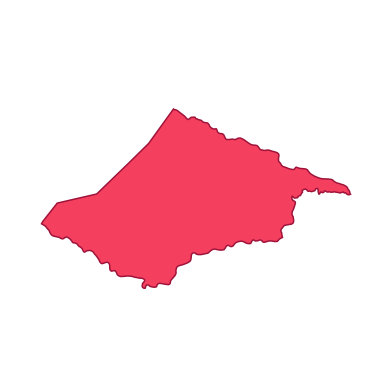 the district of Tete Chemin/Millet, Anse-la-Raye, Saint Lucia, rotated 77°
{"feature_id": "8701671B40430448784583", "entity_name": "Tete Chemin/Millet", "entity_type": "district", "adm_level": 2, "iso_a3": "LCA", "parent_name": "Saint Lucia", "parent_adm1": "Anse-la-Raye", "projection": "robinson", "projection_center": [-60.996, 13.893], "detail": "fine", "context": "isolated", "style": "filled", "palette": "rose", "viewbox_px": 384, "rotation_deg": 77, "n_neighbors": 0, "source": "geoboundaries", "source_scale": "gbopen_adm2", "svg_char_len": 5984}
<svg xmlns="http://www.w3.org/2000/svg" viewBox="0 0 384 384"><g transform="rotate(77 192 192)"><path d="M229.8,38.2L229.7,38.3L228.8,38.3L227.8,38.4L227.0,38.3L226.0,38.6L225.6,38.7L224.9,39.2L223.2,39.5L222.2,39.8L220.8,40.9L219.3,42.6L217.5,45.7L216.8,46.7L215.9,48.6L215.1,49.6L214.0,50.8L212.6,51.8L211.5,52.7L211.0,53.7L210.1,56.1L209.6,57.8L208.7,61.2L207.9,63.3L207.4,64.3L206.2,66.2L204.2,69.0L202.4,70.9L201.2,72.1L200.2,72.8L198.8,73.6L197.7,74.1L196.3,74.6L195.2,75.9L194.3,78.4L193.7,80.3L193.0,82.1L192.1,83.6L191.4,84.5L191.4,85.6L192.7,86.8L192.9,88.4L192.0,90.6L191.3,91.9L190.4,93.4L189.7,94.2L188.3,96.5L187.4,97.9L186.1,98.7L184.7,99.2L183.7,99.5L181.4,100.7L178.4,100.1L176.3,99.1L174.5,99.0L172.8,100.2L171.3,102.7L170.1,105.1L169.2,106.4L168.6,107.6L168.2,108.5L168.1,109.1L167.9,109.7L168.1,110.8L167.7,112.3L166.8,114.4L166.4,115.2L166.0,116.0L164.0,116.8L162.9,117.3L162.1,117.7L161.3,118.3L161.2,118.5L160.5,120.2L160.3,121.0L159.9,122.2L159.0,123.8L158.5,124.4L157.7,125.2L156.0,126.8L153.8,128.7L152.2,130.2L150.4,132.5L149.9,134.6L150.6,137.6L150.3,139.1L149.5,140.9L149.3,143.0L149.0,145.1L148.5,146.6L147.9,147.1L146.7,147.5L146.1,147.7L145.2,147.8L144.5,148.0L143.5,148.2L143.1,148.4L142.6,148.8L142.3,149.1L142.2,149.3L141.8,150.0L141.6,150.9L141.4,151.3L140.7,152.6L140.2,153.0L139.9,153.2L139.1,153.6L138.0,153.7L136.0,154.0L135.7,154.9L135.7,155.6L135.7,156.1L135.5,156.5L135.4,157.0L134.6,158.1L134.2,158.3L133.9,158.8L133.6,159.0L132.1,159.9L130.7,160.1L129.3,160.7L128.8,160.9L128.6,161.0L128.4,161.2L128.0,161.8L127.6,162.9L127.2,164.0L125.9,166.0L124.5,166.6L123.5,168.2L123.0,169.4L122.1,170.3L121.2,171.9L119.9,172.2L119.6,173.0L119.3,174.2L119.1,175.9L119.1,176.1L119.8,177.7L120.5,178.9L120.2,179.9L118.7,180.9L117.4,181.6L115.6,182.8L112.2,185.7L110.4,187.1L109.3,188.0L108.7,188.8L108.1,189.6L107.6,190.8L107.6,191.1L107.0,191.4L135.0,223.4L149.6,247.2L172.5,285.3L172.5,325.8L187.1,344.0L189.1,345.8L190.0,344.9L190.3,344.5L190.8,344.0L192.3,342.5L194.7,341.4L197.2,340.0L200.5,339.3L202.2,338.6L203.6,337.2L205.3,333.7L205.5,333.2L205.8,332.7L206.5,331.4L207.4,330.6L208.5,329.0L208.5,328.5L208.5,327.6L208.0,326.6L207.8,326.0L207.8,325.8L207.8,325.7L207.5,324.6L208.0,323.6L209.0,322.6L209.5,322.2L210.4,321.3L211.0,321.1L211.2,320.9L212.9,320.2L213.1,320.1L213.8,319.9L214.7,319.3L214.9,318.9L214.9,318.3L216.4,315.9L217.1,315.6L218.1,315.1L219.8,314.2L220.1,313.5L220.8,313.0L220.8,312.9L221.1,312.8L222.2,311.9L223.0,311.7L224.8,311.3L226.3,310.6L226.3,309.6L225.6,307.7L225.7,307.2L225.6,306.9L225.8,306.0L225.9,304.6L226.3,304.1L226.4,303.7L227.6,302.3L227.8,302.2L228.1,301.8L230.5,300.9L231.9,300.0L232.9,299.6L233.7,299.2L236.8,298.0L238.0,297.8L239.2,297.5L240.5,297.0L241.3,296.3L241.4,296.1L241.4,295.8L241.6,295.3L241.5,293.6L241.2,292.2L241.3,290.8L241.5,290.2L242.2,289.3L243.4,288.8L244.8,288.7L248.0,289.3L249.0,289.4L249.5,289.3L250.1,289.1L250.8,288.5L251.1,288.0L251.0,287.4L251.1,286.4L251.1,285.5L251.4,285.0L251.4,284.7L252.5,284.1L252.9,283.9L253.0,283.9L253.4,283.8L254.4,283.6L255.7,283.4L256.6,282.8L257.5,281.9L258.4,280.3L258.8,277.8L258.9,276.9L259.3,273.9L259.6,272.7L260.5,269.9L261.0,268.9L261.6,268.0L262.2,266.8L263.2,264.6L263.3,264.2L263.7,263.4L264.1,262.6L264.9,259.8L265.1,259.6L266.2,258.4L267.1,257.9L267.7,258.1L268.1,258.3L268.7,259.0L270.1,260.8L272.1,261.6L272.5,261.7L273.1,261.8L274.2,261.3L275.0,260.4L275.1,260.1L275.2,259.3L274.7,258.9L273.2,258.2L273.0,257.8L272.8,257.6L272.3,256.9L272.6,256.0L273.2,255.1L274.0,254.6L274.5,254.1L274.6,253.9L275.1,253.1L276.1,250.8L276.4,249.4L276.4,248.1L276.2,247.8L274.4,246.7L273.6,245.1L273.7,244.3L274.0,243.3L274.3,242.4L274.5,241.8L275.7,239.3L275.8,238.9L276.2,238.0L277.0,235.7L276.7,234.7L276.3,233.9L275.3,233.5L274.6,233.1L273.8,232.9L273.4,232.4L273.1,232.2L270.9,229.2L269.8,227.6L268.7,226.6L267.5,225.8L266.6,225.6L265.1,225.4L263.2,224.6L262.0,223.8L261.4,223.0L261.0,221.8L260.9,221.3L260.8,219.5L260.7,216.9L260.2,213.3L260.0,212.2L259.4,210.4L259.1,209.6L258.5,208.9L257.8,208.4L256.5,207.9L255.1,207.4L252.9,206.6L252.2,205.9L251.6,205.0L251.6,204.4L252.0,203.1L253.9,201.2L254.5,199.5L255.0,197.5L255.1,195.1L255.1,192.8L255.2,190.3L254.8,189.5L254.6,189.1L253.6,187.4L252.8,185.3L252.7,184.5L252.6,183.3L252.7,182.9L253.0,182.0L253.5,181.0L254.5,178.9L255.1,177.0L255.3,175.9L255.4,173.8L255.0,173.3L254.8,173.0L254.0,172.1L252.7,170.9L252.3,170.4L252.2,170.1L252.1,169.2L252.2,168.5L253.8,166.7L254.1,165.6L253.9,164.3L253.3,163.6L251.8,161.7L251.5,161.3L251.0,159.8L250.8,158.4L250.9,155.6L251.3,154.2L252.0,153.0L252.8,152.0L253.0,151.9L254.1,150.5L254.8,149.2L255.2,147.9L255.3,146.5L255.0,146.0L253.6,144.9L252.9,144.3L252.4,143.2L252.8,142.5L253.9,141.4L254.1,140.7L254.3,139.2L254.2,138.1L254.0,137.3L254.0,136.9L254.1,136.4L254.3,135.9L255.1,134.9L255.6,134.7L256.4,134.3L256.9,133.9L257.3,132.1L257.1,130.3L257.0,128.3L257.4,126.3L257.5,125.8L258.3,123.9L259.0,122.2L259.2,120.7L259.3,119.9L257.4,117.2L256.6,114.0L255.9,114.1L253.2,114.0L252.0,113.8L250.9,114.1L249.6,114.1L248.6,113.7L246.3,110.9L245.4,109.7L245.4,106.4L245.7,102.2L245.0,100.5L243.6,99.6L242.2,99.3L239.0,99.0L237.5,99.4L236.2,99.6L234.0,98.9L232.9,98.1L231.4,96.9L228.7,95.2L226.0,93.7L225.0,93.6L223.5,94.7L222.6,95.7L221.0,96.2L219.2,95.7L218.7,95.3L219.9,94.3L220.6,93.9L221.1,93.1L221.1,91.6L221.3,90.5L220.8,89.9L219.9,89.1L219.9,87.7L219.5,86.8L218.0,85.6L217.3,84.5L216.4,84.3L215.3,84.3L214.6,82.2L214.9,80.5L215.7,79.6L216.8,79.3L217.4,78.7L217.6,77.2L218.6,75.3L218.4,73.8L218.4,72.1L217.5,71.3L216.7,70.6L216.7,69.4L217.5,68.6L219.6,68.9L221.8,69.0L222.5,68.9L222.6,68.2L221.1,66.8L221.1,65.9L221.6,65.6L222.1,64.7L221.9,63.6L220.9,63.0L220.9,61.9L221.7,61.2L222.4,60.3L222.7,59.3L222.5,58.5L223.4,56.9L223.8,54.9L223.8,53.2L224.4,52.2L225.1,50.3L225.9,48.7L226.3,47.6L226.1,46.2L226.1,44.7L227.2,43.8L227.3,42.8L227.7,42.3L228.4,41.9L229.3,41.3L230.1,39.5L229.8,38.2Z" fill="#f43f5e" stroke="#9f1239" stroke-width="1.5"/></g></svg>